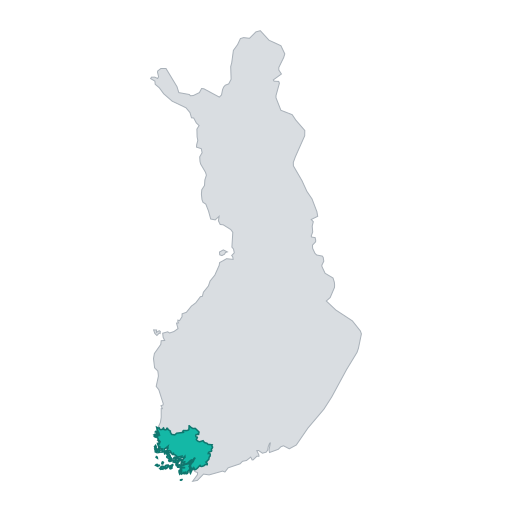 Finland, with Finland Proper highlighted
{"feature_id": "FIN-3191", "entity_name": "Finland Proper", "entity_type": "Region", "adm_level": 1, "iso_a3": "FIN", "parent_name": "Finland", "parent_adm1": "", "projection": "orthographic", "projection_center": [22.144, 60.47], "detail": "fine", "context": "in_parent", "style": "filled", "palette": "teal", "viewbox_px": 512, "rotation_deg": 0, "n_neighbors": 0, "source": "natural_earth", "source_scale": "10m", "svg_char_len": 9778}
<svg xmlns="http://www.w3.org/2000/svg" viewBox="0 0 512 512"><path d="M210.7,219.0L208.5,211.0L205.8,204.1L203.0,202.3L202.0,199.7L201.4,194.1L201.8,189.7L204.5,185.5L204.9,179.8L206.4,175.2L205.5,172.3L200.7,164.1L200.0,161.5L199.7,156.9L202.1,152.7L201.3,148.7L196.5,147.1L196.7,144.6L197.8,140.4L197.1,136.9L196.9,129.1L199.1,125.6L196.3,122.9L193.7,118.0L191.5,117.8L190.0,112.6L186.0,107.8L172.2,101.2L163.7,93.8L159.3,87.8L155.2,84.3L154.9,81.1L150.6,78.6L151.5,77.2L154.9,77.2L157.6,78.5L158.6,76.8L157.5,72.2L157.7,71.0L160.9,68.5L166.0,68.5L177.0,86.7L178.8,92.6L189.3,94.5L190.5,95.8L193.4,95.5L199.4,92.6L201.6,88.5L203.9,88.8L219.3,97.1L221.5,95.0L222.6,89.5L223.7,87.0L225.3,85.2L228.7,83.9L231.1,79.3L230.7,66.6L231.7,62.9L233.4,50.4L237.6,44.6L240.4,38.6L243.6,37.6L249.5,38.3L255.9,31.9L260.3,30.7L269.1,40.3L280.9,45.7L284.8,53.9L283.7,57.5L278.8,67.5L278.8,70.0L281.4,74.0L273.3,79.9L274.1,81.2L278.7,81.4L279.4,83.2L276.0,95.6L276.0,97.8L280.9,110.3L292.2,114.7L295.8,120.1L304.8,130.5L304.7,135.8L295.4,156.7L293.3,162.4L293.4,165.9L302.0,180.7L306.9,191.4L312.0,198.9L316.9,211.7L317.7,216.3L311.2,219.5L313.3,221.7L312.2,226.1L312.7,232.0L311.2,236.1L311.7,237.1L315.1,237.6L315.7,240.1L315.6,241.8L312.5,245.1L312.6,248.3L315.0,253.4L316.7,255.0L322.3,256.1L323.2,257.4L323.8,261.2L321.8,265.3L322.0,266.7L325.1,273.3L333.0,278.0L334.3,282.1L334.6,284.9L334.5,287.4L330.2,297.5L326.3,301.0L335.8,310.0L352.4,320.9L360.4,331.0L361.4,333.9L358.4,348.4L357.0,352.4L346.6,369.5L331.7,397.0L323.9,409.2L307.9,428.1L296.3,445.0L289.3,448.8L283.5,445.8L280.8,446.8L278.3,449.3L269.5,452.5L269.0,450.0L270.4,443.0L269.6,443.2L268.3,446.5L267.6,450.3L266.1,452.2L262.4,453.2L258.6,450.5L256.8,450.6L258.9,455.0L258.9,456.3L256.9,456.2L253.1,459.9L252.1,459.9L250.7,457.1L246.5,460.5L242.5,461.3L240.1,463.8L228.2,467.8L224.9,472.0L222.6,471.1L209.1,474.9L203.5,474.1L197.4,480.4L192.6,481.3L197.4,474.8L197.6,472.6L195.0,471.6L193.1,469.3L191.2,464.5L190.3,464.2L188.7,470.3L185.5,472.5L181.5,472.5L181.0,469.8L181.7,467.3L181.0,466.9L181.6,464.9L183.7,464.7L184.2,463.7L184.2,462.5L182.5,461.4L184.1,457.1L177.0,456.2L168.3,451.6L167.2,447.7L163.1,450.4L159.3,447.5L158.7,445.8L157.8,431.2L158.2,427.2L160.4,422.4L161.2,417.5L161.2,408.6L162.4,408.6L161.0,405.7L163.0,405.0L163.3,403.9L158.8,389.7L156.2,386.4L158.4,376.2L158.2,373.8L157.8,371.0L154.6,367.8L153.5,358.6L154.4,353.5L160.8,344.4L161.2,340.7L164.7,340.5L163.1,337.2L162.7,333.2L167.7,331.8L169.6,333.0L174.0,331.5L178.0,328.6L176.5,323.1L178.5,322.9L177.8,321.5L177.9,320.1L179.5,320.7L182.0,316.8L182.1,313.8L186.4,312.3L191.4,306.1L195.8,302.8L200.4,296.7L202.4,296.3L203.4,292.2L208.4,286.0L210.1,281.0L214.8,275.2L219.2,265.3L219.6,262.6L226.6,258.7L233.1,259.4L232.8,257.0L231.7,255.5L234.3,252.8L233.5,249.0L231.9,247.1L232.8,232.3L230.7,229.5L223.2,224.8L220.2,224.5L218.4,220.8L219.1,216.3L215.2,219.9L210.7,219.0ZM174.1,458.2L179.1,458.2L180.4,460.5L178.2,461.9L178.0,463.7L179.2,466.5L177.0,466.5L175.5,463.4L173.1,461.2L174.1,458.2ZM224.6,254.1L221.9,255.6L219.7,254.8L219.5,252.0L223.3,249.9L227.3,251.9L225.4,252.5L224.6,254.1ZM156.6,330.0L156.4,332.4L159.2,330.7L160.3,331.4L160.1,333.5L159.2,333.1L156.9,335.5L154.8,333.4L153.6,329.9L156.6,330.0ZM159.6,450.5L159.2,452.5L156.3,452.6L155.1,450.6L154.5,447.2L155.7,445.7L156.4,447.5L159.6,450.5ZM171.3,459.0L169.7,459.2L167.5,457.0L167.2,456.2L168.1,455.7L167.7,453.2L169.4,454.5L170.3,456.2L169.4,456.5L171.3,459.0ZM167.7,467.6L165.5,469.1L164.7,468.7L164.9,466.2L166.2,465.0L168.4,464.9L167.7,467.6ZM163.2,469.0L161.3,469.4L160.1,468.1L161.9,466.2L163.4,466.3L163.7,467.6L163.2,469.0Z" fill="#d9dde1" stroke="#a8b0b8" stroke-width="1"/><path d="M193.7,469.0L194.2,468.3L193.8,467.7L193.3,468.9L192.6,469.5L192.3,468.3L191.2,467.9L190.5,467.1L190.7,466.3L190.3,465.6L191.4,463.5L193.3,461.5L194.1,459.3L194.9,458.5L194.8,458.1L194.4,458.0L193.8,458.6L193.1,460.2L191.8,459.8L190.4,460.5L187.4,463.3L182.8,464.8L184.3,463.6L183.9,463.4L183.8,463.1L184.2,462.2L185.5,461.5L183.9,461.9L182.3,462.9L181.2,463.0L181.4,462.1L183.1,459.8L183.2,459.1L185.0,457.3L184.9,456.2L184.0,457.3L183.2,457.4L181.4,457.3L181.9,456.1L177.7,457.0L175.3,454.9L173.9,454.6L173.6,453.5L172.8,454.6L172.4,454.5L171.8,453.7L171.8,453.1L171.0,452.9L171.1,452.2L170.0,452.2L170.3,451.0L169.3,450.6L168.2,450.7L168.0,451.2L168.7,452.8L167.2,452.4L166.8,452.8L167.2,450.7L167.3,448.5L168.1,448.0L167.7,447.2L168.0,446.2L165.6,448.2L164.1,448.9L164.3,449.8L163.7,452.0L161.9,452.1L162.4,451.6L162.1,450.6L161.0,448.8L162.3,449.2L162.3,448.8L160.3,448.5L159.4,448.8L158.7,448.2L158.7,447.9L159.1,447.6L158.8,447.0L159.8,447.3L160.0,447.0L158.5,445.9L157.5,444.0L157.5,443.4L159.4,443.9L159.5,443.3L159.0,441.9L160.1,441.9L160.1,441.6L158.3,440.7L159.0,440.4L158.0,439.5L158.2,438.9L158.0,438.3L157.5,438.0L157.1,437.4L157.3,436.6L156.9,435.7L158.8,435.8L159.2,435.3L158.2,435.0L157.6,434.1L158.5,433.5L159.2,434.1L158.9,432.8L158.5,432.5L157.3,429.6L157.0,429.3L157.4,428.7L156.8,428.2L156.6,427.2L158.4,428.1L159.1,427.8L159.8,429.2L160.7,429.7L163.0,429.2L163.0,428.4L163.5,427.9L163.7,428.1L164.0,429.5L165.2,429.9L166.3,429.6L166.8,428.3L167.5,428.3L167.7,428.5L167.4,429.1L170.4,431.1L170.3,432.1L171.6,434.4L174.7,434.9L176.7,433.2L183.4,432.4L183.6,432.2L182.8,431.2L183.6,430.5L186.8,430.6L188.5,430.0L189.0,429.3L188.9,428.1L189.2,427.2L189.0,425.9L189.3,425.8L191.0,427.4L192.9,428.5L195.3,428.4L199.0,432.0L198.9,433.1L198.2,433.5L198.5,434.4L196.1,434.6L195.7,435.4L195.8,436.5L196.3,437.0L197.3,437.2L197.4,437.6L196.3,439.4L196.6,440.1L197.8,441.1L199.5,441.8L203.1,440.7L204.2,442.2L205.1,442.8L206.9,443.2L208.0,444.4L212.2,444.8L211.9,445.5L211.9,446.1L212.6,447.1L212.2,448.2L211.5,448.9L211.4,449.5L211.7,450.8L211.4,451.3L209.1,452.0L208.5,452.5L208.2,453.6L209.9,453.6L210.2,454.3L210.2,455.0L210.1,456.1L209.2,457.1L208.8,459.4L207.1,461.0L206.7,461.9L206.0,462.1L207.2,463.6L207.3,464.1L207.2,464.7L205.4,464.5L203.8,465.8L201.8,466.5L200.5,466.3L200.1,466.0L200.2,465.4L199.9,465.4L197.4,468.2L195.7,469.5L194.7,469.7L193.7,469.0ZM189.1,463.7L190.7,461.2L191.4,460.7L192.2,460.8L192.0,461.8L190.6,463.4L190.3,464.6L189.5,465.2L189.7,466.2L189.2,466.6L189.7,466.9L189.6,467.5L189.9,468.8L189.1,470.1L187.4,471.7L187.4,472.0L188.0,472.3L187.4,473.5L186.3,473.8L185.7,472.3L184.7,473.7L184.5,474.4L184.5,473.4L184.0,473.5L184.0,473.0L184.4,471.7L183.0,473.4L181.7,473.9L181.7,469.8L180.6,468.7L181.9,468.0L184.5,467.8L184.5,467.5L180.4,467.2L181.1,464.1L181.8,463.9L181.2,465.5L181.5,465.7L183.7,465.3L184.9,464.5L189.1,463.7ZM171.3,459.1L169.2,459.4L169.2,458.8L166.9,457.4L166.7,456.9L166.9,456.3L168.1,455.8L167.0,454.3L167.2,453.3L167.8,453.1L169.1,454.1L169.3,454.8L169.9,455.2L170.3,456.4L169.1,456.4L170.3,457.3L170.1,457.6L171.1,457.7L171.3,458.2L170.6,458.5L171.3,458.8L171.3,459.1ZM173.7,460.0L176.8,460.1L178.8,461.2L178.6,462.0L177.7,461.8L177.1,462.4L176.1,462.7L175.7,462.6L176.1,462.1L175.8,461.7L175.3,461.4L174.4,461.6L175.3,461.6L174.9,462.4L173.1,462.0L173.2,460.6L173.7,460.0ZM165.8,465.4L168.2,465.1L168.9,465.7L168.9,466.0L168.0,466.3L168.5,466.9L166.8,466.9L167.6,467.2L166.9,467.6L167.1,467.8L166.6,468.4L165.2,468.8L164.7,468.4L165.0,468.1L164.9,467.5L165.3,467.2L164.9,466.7L165.0,466.2L165.8,465.4ZM160.4,467.8L161.1,466.7L162.0,466.3L163.0,466.3L163.8,466.9L162.9,468.1L163.4,468.3L162.9,469.3L162.0,469.0L160.7,469.4L160.0,468.7L161.7,468.4L161.2,467.7L160.4,467.8ZM158.3,449.1L158.7,449.9L159.8,450.0L160.2,450.6L159.8,450.6L159.7,451.5L159.8,452.1L159.2,452.2L159.1,452.6L159.3,453.0L158.3,452.2L157.8,451.4L157.6,450.3L157.1,450.9L156.9,450.6L157.0,449.2L158.3,449.1ZM180.3,471.5L180.2,470.4L180.4,470.0L181.2,470.8L181.1,473.9L180.3,473.4L179.7,474.1L179.1,472.4L179.0,471.0L179.1,470.5L179.5,470.2L179.7,470.5L179.8,471.5L180.3,471.5ZM156.9,435.1L154.4,434.6L155.0,434.2L156.0,434.7L156.5,434.4L156.3,433.8L156.8,433.2L156.2,432.3L155.3,431.9L155.9,431.2L156.7,431.1L158.1,432.9L157.1,433.8L156.9,435.1ZM179.8,459.7L179.0,460.0L178.2,459.7L179.0,458.5L180.0,458.2L180.1,458.8L181.6,459.2L181.7,459.7L180.6,460.6L179.4,460.9L179.8,459.7ZM172.7,464.5L172.9,465.1L171.6,466.3L172.2,466.9L171.6,467.8L170.9,467.8L170.3,467.2L170.0,466.0L172.7,464.5ZM157.3,464.4L157.6,465.1L159.4,465.3L159.4,465.6L158.5,465.6L157.9,466.5L155.5,465.3L156.3,464.5L157.3,464.4ZM175.9,464.8L176.7,463.1L177.3,462.7L177.7,463.0L177.8,464.1L177.2,465.2L176.4,465.7L175.9,464.8ZM191.8,468.2L192.4,469.4L192.1,470.0L189.9,470.1L190.8,468.5L191.8,468.2ZM156.7,452.5L155.2,451.8L155.4,450.9L154.8,449.1L155.2,449.1L155.8,449.9L156.4,450.9L156.7,452.5ZM156.3,448.8L155.9,448.8L155.6,447.9L154.9,447.6L154.5,446.6L155.1,446.1L155.5,445.3L155.7,445.5L155.8,446.2L156.2,446.7L155.9,448.4L156.3,448.5L156.3,448.8ZM177.9,465.8L179.5,464.8L179.8,465.2L179.4,466.0L178.3,466.6L178.7,467.3L177.7,467.2L177.9,465.8ZM177.9,457.7L177.7,458.1L175.5,458.8L174.8,458.3L174.9,457.9L176.9,457.4L177.9,457.7ZM170.4,461.4L169.4,461.5L168.9,461.1L168.7,460.4L170.8,460.2L170.4,461.4ZM190.8,470.7L191.6,470.8L190.5,473.4L190.0,472.5L190.1,471.9L190.7,471.6L190.1,471.3L190.8,470.7ZM166.2,451.3L164.9,453.6L164.6,453.8L164.5,453.4L165.2,451.4L165.8,450.7L166.3,450.7L166.2,451.3ZM162.7,462.6L163.3,462.7L162.7,464.0L161.9,463.8L161.8,463.2L162.4,461.9L162.8,461.9L162.7,462.6ZM170.5,467.7L171.6,468.4L170.7,468.9L170.1,468.8L169.8,468.3L170.5,467.7ZM175.9,457.0L175.9,457.3L173.6,458.2L174.4,457.2L175.9,457.0ZM180.5,479.9L182.6,479.3L181.1,480.3L180.5,480.2L180.5,479.9ZM157.0,456.9L157.3,457.4L157.4,458.2L156.1,457.4L156.4,456.6L157.0,456.9ZM155.3,436.5L155.8,436.3L155.7,437.2L154.5,436.7L154.1,436.1L154.5,435.8L154.8,436.0L154.9,436.5L155.3,436.5ZM171.5,461.0L170.8,461.3L171.6,460.7L171.5,461.0Z" fill="#14b8a6" stroke="#0f766e" stroke-width="1.5"/></svg>